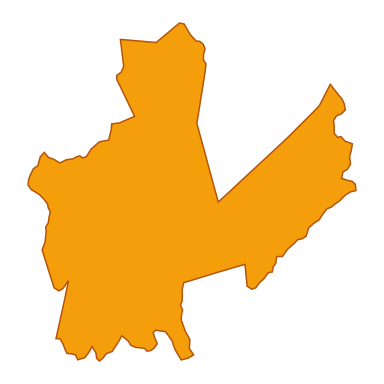 outline of Bonito, Pernambuco, Brazil
{"feature_id": "56859067B60303107893945", "entity_name": "Bonito", "entity_type": "district", "adm_level": 2, "iso_a3": "BRA", "parent_name": "Brazil", "parent_adm1": "Pernambuco", "projection": "equal_earth", "projection_center": [-35.697, -8.487], "detail": "fine", "context": "isolated", "style": "filled", "palette": "amber", "viewbox_px": 384, "rotation_deg": 0, "n_neighbors": 0, "source": "geoboundaries", "source_scale": "gbopen_adm2", "svg_char_len": 2323}
<svg xmlns="http://www.w3.org/2000/svg" viewBox="0 0 384 384"><path d="M184.2,24.0L179.5,23.0L156.2,42.5L120.4,39.4L123.7,66.2L121.3,72.0L116.6,75.6L117.0,80.0L119.6,85.2L132.8,112.6L134.5,116.4L119.4,122.9L111.7,123.9L111.2,129.8L108.6,140.1L99.4,141.8L91.0,149.2L86.5,156.5L82.8,157.9L79.8,155.8L76.0,157.0L73.1,158.8L66.2,159.8L59.7,163.0L53.9,159.3L48.5,157.5L44.3,152.4L40.2,157.0L37.9,165.6L33.4,168.7L30.2,175.3L28.5,180.0L28.1,185.1L31.1,189.5L35.1,191.9L39.9,194.9L43.9,199.2L47.5,203.9L48.3,208.1L50.4,212.0L49.2,216.3L48.2,223.1L45.7,227.1L46.2,231.3L45.1,242.1L42.1,249.9L50.8,277.5L54.1,287.8L58.9,290.9L63.0,288.5L66.0,284.1L68.4,280.7L65.1,297.4L56.0,338.7L59.9,338.7L63.3,344.5L64.8,348.8L67.0,353.5L70.8,353.7L75.5,354.9L77.8,359.8L84.8,357.7L88.7,352.6L92.1,346.6L95.9,352.8L96.7,358.4L99.4,361.0L102.9,358.1L106.5,353.5L112.1,351.5L118.4,342.0L121.8,335.8L125.5,338.7L128.5,341.3L130.7,345.2L135.3,347.3L144.5,348.3L146.9,351.2L150.7,350.6L154.4,347.8L157.3,343.6L155.2,338.9L153.1,332.6L155.6,330.1L159.8,330.9L165.4,331.6L168.0,335.0L172.2,341.0L173.4,345.1L175.2,349.9L178.0,354.5L181.2,359.9L188.1,358.2L193.6,354.9L189.3,348.3L189.9,339.7L185.3,331.2L183.4,325.8L181.4,320.4L181.4,315.5L182.6,309.9L180.5,305.2L182.1,300.9L182.3,296.0L182.1,290.1L183.7,282.7L219.7,271.7L227.6,269.5L234.1,267.4L245.0,264.4L247.1,286.2L251.7,289.2L255.8,287.8L259.4,282.8L263.8,278.9L268.3,272.8L272.3,271.9L273.2,266.9L275.7,263.5L276.8,256.6L282.5,256.4L287.5,249.3L294.3,243.3L297.6,239.7L302.1,238.8L306.1,236.2L308.7,227.8L313.7,223.4L319.2,219.8L323.0,213.8L327.0,208.8L331.4,207.1L334.8,204.1L339.3,201.1L345.5,194.9L350.5,191.9L355.9,190.6L355.4,184.4L352.3,181.4L347.1,180.2L341.6,178.3L343.0,171.9L347.3,169.4L350.5,164.4L349.6,156.5L351.2,150.8L352.4,143.8L345.1,141.2L341.0,136.7L337.8,137.3L334.2,133.5L334.2,126.0L333.5,120.6L336.4,115.9L341.4,113.8L345.3,110.0L344.3,104.0L342.2,99.3L338.5,94.9L333.8,88.9L330.3,84.3L319.5,105.4L316.4,108.9L287.7,137.5L278.4,146.2L273.5,150.8L234.7,186.8L232.0,189.4L228.9,192.2L223.4,197.3L218.2,202.0L216.9,197.0L207.3,161.9L205.1,153.5L198.3,128.8L196.8,123.2L198.7,112.1L201.8,92.5L205.0,72.6L206.0,63.8L203.5,60.1L203.5,54.8L205.0,48.8L203.3,44.3L199.7,41.3L196.3,41.1L190.3,34.7L187.2,29.3L184.2,24.0Z" fill="#f59e0b" stroke="#b45309" stroke-width="1.5"/></svg>